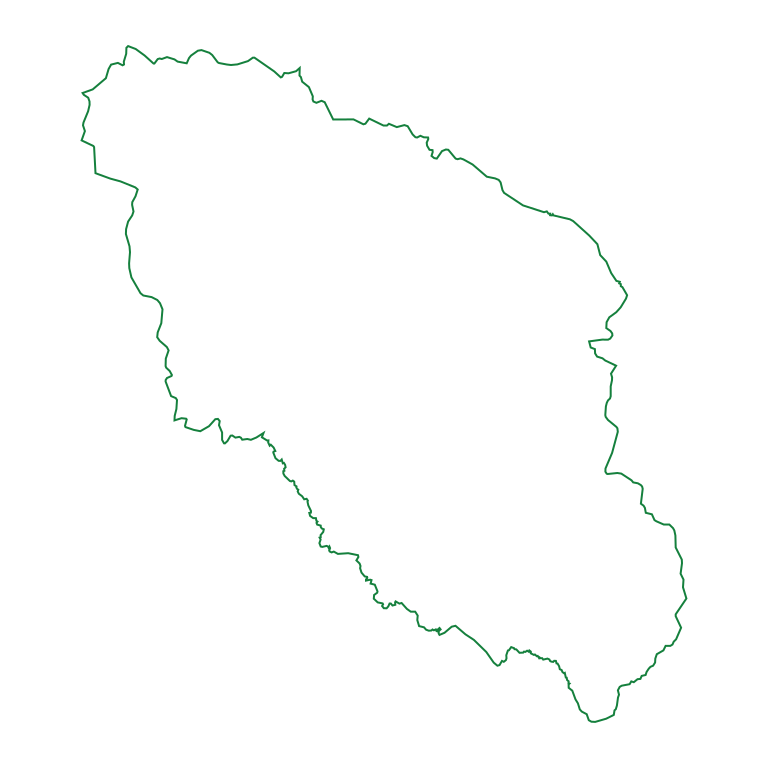 the district of Mae Phrik, Lampang, Thailand
{"feature_id": "78962969B83063608577185", "entity_name": "Mae Phrik", "entity_type": "district", "adm_level": 2, "iso_a3": "THA", "parent_name": "Thailand", "parent_adm1": "Lampang", "projection": "natural_earth1", "projection_center": [99.06, 17.491], "detail": "fine", "context": "isolated", "style": "outline", "palette": "green", "viewbox_px": 768, "rotation_deg": 0, "n_neighbors": 0, "source": "geoboundaries", "source_scale": "gbopen_adm2", "svg_char_len": 6061}
<svg xmlns="http://www.w3.org/2000/svg" viewBox="0 0 768 768"><path d="M686.4,598.5L683.0,587.3L683.5,579.6L680.6,573.7L682.0,563.2L681.8,559.6L675.7,547.5L675.4,535.5L674.3,530.4L673.0,528.1L669.3,524.5L663.7,524.5L656.4,521.3L654.5,520.1L651.9,514.3L645.8,512.8L644.9,507.9L643.6,505.7L640.9,503.7L642.7,488.8L642.1,486.5L640.9,485.1L637.9,483.3L633.2,482.4L631.5,480.3L621.3,473.6L617.3,473.0L607.7,474.0L606.7,473.7L605.4,471.7L605.5,468.5L612.1,452.9L617.8,431.8L617.4,428.3L616.4,426.9L608.0,420.0L605.7,416.9L605.3,415.1L605.9,406.4L606.8,402.8L608.0,400.4L610.0,398.5L610.7,396.2L610.7,386.4L612.0,380.2L612.1,377.3L611.0,373.7L616.1,365.7L605.2,360.5L602.5,358.3L597.1,356.6L595.1,353.4L594.9,349.1L590.7,347.5L589.1,341.4L602.3,339.6L608.0,339.7L610.2,338.6L612.4,335.5L612.2,333.4L610.5,331.0L606.3,328.1L606.6,322.2L609.3,317.3L616.3,312.2L620.7,307.3L626.0,298.6L627.1,295.2L622.4,287.1L620.8,286.2L620.8,284.1L619.2,283.4L619.8,281.8L616.4,280.9L611.2,273.1L606.3,261.6L600.2,255.1L597.4,244.2L589.2,235.5L573.2,221.1L569.9,219.3L553.5,215.4L552.8,214.2L551.9,215.4L550.1,215.2L550.2,213.7L548.5,213.7L546.8,211.4L544.0,212.2L523.0,205.4L504.1,192.9L502.5,190.2L500.6,182.4L498.7,179.9L495.1,178.4L486.8,176.7L472.6,164.5L463.4,159.4L460.5,158.4L457.6,159.2L455.6,158.6L448.3,149.8L445.9,149.5L442.0,151.1L436.8,158.6L434.2,158.1L431.5,155.9L432.7,152.1L432.5,150.1L429.5,149.8L427.1,145.7L426.7,142.7L428.3,139.0L428.1,137.5L423.8,137.3L420.4,135.8L417.1,137.5L415.4,137.2L412.6,134.4L407.7,126.2L404.4,125.1L396.8,127.1L388.9,123.8L387.0,125.5L383.4,125.5L369.2,118.6L365.4,123.7L363.4,124.3L353.5,119.4L333.2,119.5L324.7,102.2L321.5,100.8L316.4,102.8L313.4,101.5L312.6,99.5L312.8,96.3L308.9,87.1L302.2,81.7L300.9,77.1L299.5,75.6L299.7,68.0L296.1,71.2L288.5,73.3L284.3,73.0L282.1,76.8L280.8,77.4L274.2,71.4L254.5,57.7L252.8,57.7L248.0,61.1L237.4,64.4L231.0,65.0L226.8,64.5L218.9,63.0L217.7,62.3L212.2,55.0L209.4,52.8L201.5,50.1L197.9,50.7L191.0,55.6L189.0,58.1L186.7,63.3L177.6,61.6L174.5,59.4L167.0,57.1L161.8,59.0L159.6,58.5L157.7,59.1L154.4,63.5L153.5,63.5L144.6,55.5L135.7,49.0L128.1,46.1L126.4,47.8L126.2,53.8L123.8,61.7L124.0,64.5L122.6,65.3L117.9,62.9L111.1,64.6L108.6,69.0L105.9,78.2L92.7,89.4L82.6,93.0L83.8,94.8L88.2,97.7L89.5,101.4L89.6,104.9L88.1,111.3L83.5,122.5L83.0,125.3L84.9,131.1L81.6,140.4L93.4,146.0L94.1,147.1L95.5,173.2L110.3,178.6L120.5,181.4L135.3,187.4L137.7,189.5L135.5,196.3L132.3,202.1L132.1,204.8L133.5,211.5L132.2,215.4L128.1,221.6L126.1,229.1L125.9,234.0L129.5,246.3L130.0,252.2L129.1,263.3L129.3,268.1L131.4,277.4L140.5,293.2L143.3,295.5L151.6,297.1L157.3,300.0L160.0,303.2L162.5,309.3L161.3,323.2L157.7,332.4L157.2,337.2L159.7,340.8L166.9,347.1L168.6,350.4L165.8,358.6L165.6,366.1L166.2,367.7L169.7,371.0L171.9,375.0L171.5,376.0L167.0,378.0L165.7,380.0L165.6,381.5L171.1,396.1L175.8,398.1L177.0,400.0L176.4,409.0L174.7,415.9L174.5,420.4L181.5,418.2L186.1,418.7L186.7,419.4L185.0,425.9L185.5,427.1L193.8,429.9L200.3,431.2L209.0,426.2L215.3,419.2L217.9,418.9L219.7,421.1L219.0,425.2L222.1,432.5L222.1,439.9L224.0,443.3L224.9,443.4L227.4,441.1L230.6,435.7L232.3,435.5L235.4,437.6L239.3,436.9L240.9,437.7L242.2,439.7L247.3,439.0L250.9,439.8L256.4,437.5L263.5,433.0L261.9,437.3L267.1,440.5L268.4,440.4L268.2,442.5L269.7,445.7L270.8,444.7L273.6,447.5L275.3,451.0L273.5,451.7L273.3,452.6L275.5,458.2L278.6,460.8L280.4,460.9L281.7,459.5L282.8,463.3L283.9,462.9L285.1,464.8L285.6,467.3L284.1,468.8L284.4,470.8L283.3,471.2L283.4,473.6L284.7,476.0L289.9,481.0L291.3,481.4L292.8,480.6L294.2,481.6L294.5,485.1L296.5,486.4L296.3,487.4L297.1,488.9L298.3,489.7L297.7,491.4L298.8,493.7L302.2,496.3L304.2,499.3L306.6,498.8L307.9,500.7L307.5,501.7L308.3,505.4L311.0,511.0L310.9,512.6L309.3,512.9L310.1,515.9L313.1,518.1L315.9,518.1L316.4,520.8L317.5,521.6L316.5,522.9L317.2,524.6L320.7,525.6L320.8,527.1L321.8,528.5L323.8,529.3L323.2,532.0L320.6,535.1L320.7,537.3L319.6,537.6L320.6,539.6L319.4,543.1L320.7,546.5L322.3,546.9L326.6,545.9L328.0,546.5L328.8,548.2L329.5,546.7L330.1,548.1L329.2,550.5L329.7,551.5L331.6,552.4L333.8,551.6L337.9,553.9L348.2,553.2L358.0,555.2L358.4,557.0L356.4,560.4L359.6,563.5L360.5,566.0L360.1,568.2L361.5,572.6L364.7,576.4L367.1,576.9L367.3,577.9L366.0,579.5L366.0,580.6L370.2,579.7L371.5,580.1L370.6,583.6L374.8,584.7L377.5,591.4L377.2,592.7L374.1,595.0L373.8,598.7L377.7,602.4L382.6,603.4L383.1,604.3L382.1,606.0L383.8,608.2L386.6,608.3L388.3,606.4L389.6,603.5L390.8,603.5L392.5,605.5L395.3,604.8L395.1,602.3L395.6,601.4L399.4,603.6L401.6,603.0L406.9,608.9L410.8,611.7L415.2,611.7L417.7,615.6L417.3,620.1L419.1,626.1L424.0,627.3L426.1,629.7L428.8,630.7L431.4,630.5L432.5,629.5L433.9,630.3L435.8,629.4L436.5,631.1L437.5,631.4L437.6,629.7L439.5,628.0L440.6,629.4L438.7,631.2L438.7,633.5L439.5,634.9L444.5,632.8L451.7,626.7L455.5,625.8L465.4,634.3L473.9,639.9L486.3,652.0L493.7,662.6L497.4,665.7L499.5,665.1L502.0,660.9L503.8,661.8L505.9,660.1L506.5,658.3L506.3,655.2L507.9,650.5L508.9,650.3L511.2,647.1L514.1,648.2L514.5,649.2L516.3,649.4L519.5,652.8L523.2,652.6L524.0,651.6L525.4,651.9L527.1,650.7L528.9,651.8L529.4,650.5L530.8,651.6L530.9,653.4L533.9,654.9L534.9,654.5L536.8,656.2L537.7,655.9L539.1,658.1L539.6,657.4L540.5,658.2L542.2,658.2L543.2,659.6L547.5,658.6L549.4,659.5L550.2,661.1L551.3,661.6L553.2,661.9L554.2,660.8L555.9,660.9L556.5,663.4L557.6,663.6L559.1,666.2L559.8,669.2L561.6,670.0L562.5,672.1L564.1,673.3L564.8,672.9L565.8,677.5L566.7,677.7L567.1,680.0L568.6,681.3L568.5,683.3L569.5,683.6L568.6,684.6L568.7,687.8L572.3,690.7L575.5,699.4L577.9,703.3L579.8,709.4L581.8,711.6L586.7,714.2L588.8,720.2L591.4,721.7L595.2,721.9L606.2,718.7L613.8,714.9L614.5,710.4L615.8,709.2L616.9,705.6L618.0,697.5L619.0,694.7L617.9,690.3L619.7,686.9L621.7,685.7L629.6,684.2L631.3,681.4L633.8,682.2L637.5,679.2L640.4,678.9L641.7,675.9L645.6,675.0L646.6,671.9L648.8,668.6L650.5,666.8L653.1,665.7L655.1,662.5L655.3,658.6L656.8,654.2L663.4,650.4L665.6,645.9L670.3,645.9L672.5,644.5L673.7,641.7L676.1,639.3L681.1,627.7L675.7,616.2L675.7,614.3L686.4,598.5Z" fill="none" stroke="#15803d" stroke-width="2"/></svg>